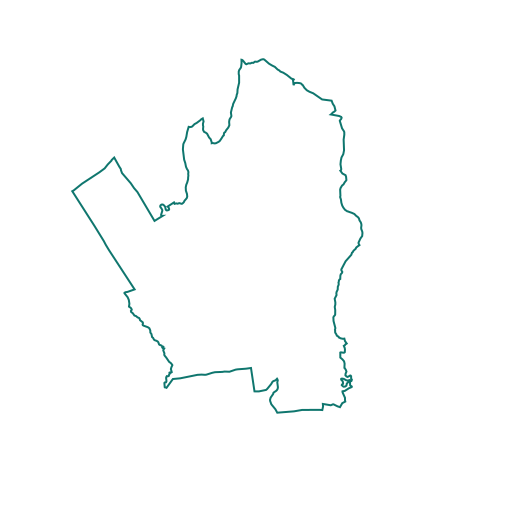 the district of Cocorastii Mislii, Prahova, Romania, rotated 57°
{"feature_id": "2599482B78441149052193", "entity_name": "Cocorastii Mislii", "entity_type": "district", "adm_level": 2, "iso_a3": "ROU", "parent_name": "Romania", "parent_adm1": "Prahova", "projection": "natural_earth1", "projection_center": [25.918, 45.09], "detail": "fine", "context": "isolated", "style": "outline", "palette": "teal", "viewbox_px": 512, "rotation_deg": 57, "n_neighbors": 0, "source": "geoboundaries", "source_scale": "gbopen_adm2", "svg_char_len": 6137}
<svg xmlns="http://www.w3.org/2000/svg" viewBox="0 0 512 512"><g transform="rotate(57 256 256)"><path d="M317.8,402.8L313.9,392.7L317.3,386.2L323.8,369.8L325.8,366.3L328.0,363.3L328.5,362.2L330.1,356.4L331.1,353.7L334.8,347.5L335.8,345.3L338.6,341.3L340.2,335.0L341.0,333.2L345.1,325.7L347.2,321.2L368.7,331.0L371.1,327.4L373.8,320.5L373.6,319.1L371.7,313.1L370.5,310.7L370.4,309.6L370.9,307.2L370.4,305.2L371.0,305.2L372.2,305.5L373.6,307.0L378.0,309.1L379.2,310.2L379.9,311.6L380.1,312.8L380.1,315.0L380.3,316.0L381.1,316.8L382.7,320.8L384.3,322.6L385.3,323.1L388.7,323.9L395.1,323.2L399.0,323.5L407.0,308.7L410.2,301.2L419.5,286.7L421.3,284.3L418.7,281.7L416.5,280.5L421.9,274.6L422.3,272.3L422.6,271.8L426.5,269.5L428.5,267.9L426.4,263.8L426.7,260.4L425.4,259.9L423.4,258.6L417.6,257.7L416.6,257.2L416.8,256.4L417.2,256.0L417.5,254.9L417.5,250.3L418.0,247.4L417.9,246.9L417.4,246.8L415.9,247.5L415.4,247.3L413.4,246.1L412.3,246.4L412.1,246.7L412.0,247.5L412.5,249.4L413.2,250.0L414.0,250.9L414.0,252.5L413.3,253.7L412.5,254.1L411.0,254.4L410.6,253.9L410.7,252.9L410.2,252.3L408.3,251.5L406.1,251.9L405.5,251.6L405.4,251.2L405.9,250.3L406.9,249.3L409.4,248.0L410.6,246.7L410.8,246.3L410.8,245.4L411.1,245.0L412.7,244.7L412.8,244.1L412.0,243.0L410.5,242.9L408.6,241.7L407.8,241.8L407.5,242.1L407.5,243.4L407.3,245.1L406.4,245.7L404.8,246.0L403.6,245.1L402.2,243.1L400.6,242.7L398.6,242.6L398.0,242.8L394.5,240.3L392.3,239.5L389.8,239.8L387.1,240.6L382.9,237.9L383.0,237.3L384.7,235.4L385.1,234.6L385.0,233.9L383.0,232.4L381.5,231.7L379.2,231.3L379.2,230.0L378.8,229.2L378.8,227.6L375.8,227.7L373.4,226.9L372.8,228.2L371.2,229.8L369.4,230.9L368.7,230.7L366.8,231.6L365.6,231.3L363.7,231.3L362.9,231.1L361.8,230.3L360.9,230.0L359.7,228.7L352.8,226.4L349.7,224.6L349.1,223.8L348.6,222.0L348.1,221.4L344.5,219.0L341.6,217.7L339.9,215.9L338.1,214.7L334.7,213.3L332.6,209.7L331.3,209.1L330.1,208.1L328.7,205.8L326.3,204.1L325.3,202.6L324.6,201.9L323.2,201.3L322.9,200.8L321.6,199.7L321.2,198.8L321.2,197.9L318.5,196.0L317.5,194.9L317.0,193.1L316.4,192.3L314.5,192.2L313.7,191.7L309.2,183.7L306.9,175.4L305.5,173.7L305.5,172.9L304.7,171.4L304.2,168.4L303.5,167.4L303.3,165.6L303.2,163.3L301.5,163.2L300.6,162.7L298.2,158.9L297.1,156.1L294.7,154.2L293.4,153.6L290.6,153.0L289.4,152.3L287.9,151.0L286.7,150.3L284.9,149.8L282.5,149.8L280.6,149.2L279.1,149.3L276.6,150.2L274.4,150.6L272.0,152.1L269.6,154.0L268.7,154.6L268.3,155.1L265.7,156.2L262.9,156.4L260.6,156.2L257.8,155.4L254.9,154.0L252.3,153.3L251.6,152.5L246.2,149.3L245.1,148.1L243.8,145.5L243.6,143.6L242.5,141.5L241.7,139.0L241.3,138.7L238.6,137.3L237.0,136.9L233.9,138.6L230.4,138.8L230.4,138.1L229.6,137.2L225.1,135.2L222.1,132.8L219.9,130.6L218.3,127.6L217.8,127.0L215.3,124.6L206.1,119.1L202.4,115.9L200.2,114.5L199.2,114.3L195.8,114.3L188.2,112.1L188.0,111.8L187.5,110.0L186.7,108.9L185.8,108.8L183.9,110.0L178.1,116.1L178.0,115.0L177.5,113.6L177.6,112.1L177.3,110.1L173.2,108.7L170.1,108.7L166.9,108.0L160.7,115.3L150.7,119.4L147.4,121.7L144.7,123.1L141.3,123.8L138.1,123.7L137.3,124.1L136.5,124.1L135.7,124.4L134.7,125.3L133.1,127.3L132.0,129.4L132.8,130.8L132.5,131.1L128.9,129.3L128.1,129.1L128.2,128.7L128.6,128.4L128.6,128.2L128.3,128.2L126.5,129.7L121.0,131.5L117.1,133.3L114.6,135.1L113.1,135.4L111.4,136.3L107.6,137.2L105.3,138.6L101.9,140.3L96.0,142.0L95.2,142.4L94.7,143.1L94.1,144.8L93.9,148.6L93.6,149.5L92.5,150.9L92.4,151.3L92.6,153.0L91.7,154.2L91.4,155.9L90.3,157.4L89.9,159.7L89.2,160.1L85.0,160.5L83.9,160.9L83.5,161.3L86.3,163.0L89.2,165.4L89.8,166.1L90.9,168.8L91.9,170.0L94.0,171.4L95.5,171.9L101.5,175.8L106.2,180.7L109.2,182.9L110.4,184.5L111.4,185.3L112.8,187.1L116.0,192.3L117.9,194.2L118.2,194.9L119.9,196.7L122.0,198.9L125.2,200.4L125.8,201.2L126.8,203.4L127.3,204.1L128.9,205.5L131.8,207.1L133.2,209.3L134.3,212.6L135.3,214.3L135.3,215.5L136.3,216.6L137.3,217.3L137.4,218.4L138.6,220.9L139.8,223.8L139.9,225.2L139.6,228.1L139.1,229.3L137.6,230.9L137.3,231.7L136.7,231.3L133.4,230.4L131.1,230.8L126.8,230.4L125.1,231.0L123.7,231.9L121.8,231.8L120.7,231.3L118.7,229.7L117.5,229.3L116.1,228.4L114.6,226.7L111.6,225.7L111.5,227.5L111.8,228.6L112.1,233.4L111.9,235.7L112.6,238.8L112.6,239.6L111.9,241.2L111.0,242.1L114.5,246.2L118.1,249.5L119.9,251.6L122.2,255.5L122.8,256.2L126.7,259.2L136.1,263.8L139.5,264.7L143.0,266.1L145.3,266.5L147.3,266.5L148.8,267.0L150.3,268.2L151.7,268.9L153.1,270.1L154.7,271.2L157.0,273.8L158.2,275.6L160.1,277.5L163.0,279.2L166.4,280.1L168.7,281.3L169.7,282.5L170.1,283.6L170.7,285.8L171.5,287.1L171.8,288.2L171.9,289.6L171.7,290.0L170.0,291.4L169.7,292.1L169.5,293.2L168.4,294.3L167.9,295.9L166.4,295.6L166.4,303.2L167.8,302.9L169.4,303.3L169.8,303.8L169.8,304.5L169.3,305.9L168.8,306.3L167.9,306.4L165.3,305.4L163.7,305.5L162.1,306.1L161.6,306.8L161.4,307.5L161.6,308.7L162.5,309.5L165.0,309.4L166.5,309.6L167.1,310.0L169.9,313.3L170.9,313.4L171.5,312.4L171.3,322.0L137.8,320.6L132.6,321.3L126.8,321.4L113.5,323.2L110.4,322.5L109.4,322.0L106.6,322.0L96.2,321.3L96.9,324.8L97.3,325.3L98.5,330.5L100.1,335.2L100.5,341.8L100.6,362.5L101.7,373.1L101.6,374.8L143.2,375.1L160.5,375.5L164.8,375.9L171.1,376.1L217.9,376.0L216.1,383.4L215.3,385.2L215.2,386.3L215.6,386.6L220.7,386.1L223.6,386.6L227.1,388.2L229.3,390.1L231.2,389.3L233.0,389.3L233.4,389.5L233.9,390.8L234.9,391.2L236.9,390.5L239.7,390.4L241.1,389.3L242.9,388.8L244.4,387.8L245.3,387.8L246.7,388.2L250.0,387.1L250.9,387.5L251.7,388.4L252.4,388.6L253.2,388.2L256.8,385.5L258.5,384.8L260.8,385.2L262.7,386.3L264.5,386.2L267.4,387.3L268.7,386.9L270.4,387.1L271.3,386.9L273.0,385.6L274.2,385.0L275.1,384.9L277.2,385.4L277.9,385.3L279.7,384.0L281.2,383.9L281.6,383.1L281.8,383.1L282.2,383.6L282.1,384.4L282.6,384.3L283.6,383.4L284.4,385.0L284.7,385.2L287.7,385.8L288.5,386.5L289.5,386.9L292.3,386.6L297.5,386.5L299.2,385.8L301.5,385.5L302.0,385.6L303.2,387.5L304.5,389.0L307.5,389.9L307.5,391.5L306.8,391.6L306.7,392.1L308.1,393.0L308.4,393.9L309.0,394.3L308.9,395.5L308.2,396.2L308.5,396.9L309.3,397.8L312.1,399.2L312.6,399.7L312.9,400.3L312.4,401.3L312.6,402.0L316.3,404.0L316.7,403.9L317.4,403.0L317.8,402.8Z" fill="none" stroke="#0f766e" stroke-width="2"/></g></svg>